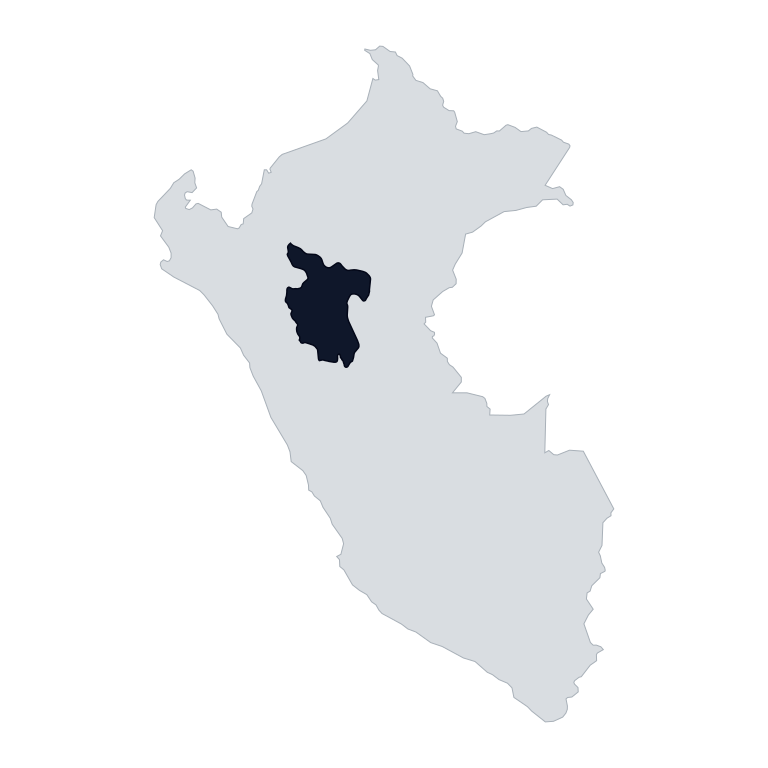 San Martín on a map of Peru (orthographic projection)
{"feature_id": "PER-582", "entity_name": "San Martín", "entity_type": "Department", "adm_level": 1, "iso_a3": "PER", "parent_name": "Peru", "parent_adm1": "", "projection": "orthographic", "projection_center": [-76.762, -7.06], "detail": "fine", "context": "in_parent", "style": "filled", "palette": "ink", "viewbox_px": 768, "rotation_deg": 0, "n_neighbors": 0, "source": "natural_earth", "source_scale": "10m", "svg_char_len": 7187}
<svg xmlns="http://www.w3.org/2000/svg" viewBox="0 0 768 768"><path d="M573.2,202.5L572.9,204.9L570.0,206.1L567.2,204.3L563.1,204.8L557.1,199.1L542.6,199.8L536.2,206.2L526.6,207.5L516.0,210.4L504.1,211.6L485.4,221.8L481.1,226.0L472.6,232.1L465.6,234.1L462.1,253.0L455.3,264.0L452.6,270.1L456.2,279.2L456.1,283.7L452.3,287.3L449.2,287.7L442.7,291.5L433.2,299.9L431.4,306.3L434.5,314.8L433.4,315.8L425.5,317.3L425.7,322.1L424.1,323.9L430.6,330.7L434.4,332.3L434.6,334.1L433.9,335.8L432.4,336.5L432.3,338.0L437.0,343.1L440.5,353.2L447.3,358.2L447.4,361.5L449.4,364.7L453.0,367.1L461.3,377.3L461.3,382.0L452.5,392.8L466.9,392.8L482.7,396.7L484.9,398.4L486.8,403.3L486.9,406.5L490.1,409.1L489.7,415.0L510.5,415.3L524.0,414.0L546.1,396.2L549.6,394.7L547.7,398.6L547.4,401.5L548.5,404.6L545.9,409.0L544.8,452.8L548.8,450.5L553.8,454.7L557.5,455.0L569.5,450.2L583.3,451.2L613.8,508.9L610.9,512.8L611.0,515.7L607.0,518.2L602.9,522.7L602.0,545.4L598.6,552.2L600.3,555.8L601.8,563.0L604.6,567.4L605.2,570.2L604.9,571.3L600.4,573.6L599.9,577.7L591.8,585.7L590.1,591.1L587.1,592.9L586.4,599.0L593.2,609.2L588.4,615.0L583.9,623.8L590.4,642.5L593.2,645.2L596.3,645.1L600.9,646.8L603.3,649.6L597.4,653.0L596.4,654.6L596.6,660.7L590.2,665.2L581.3,676.7L579.0,677.3L574.6,680.7L573.8,682.4L574.5,684.1L578.0,687.6L578.2,691.9L571.9,697.0L567.6,697.5L566.0,698.9L567.4,706.0L567.3,709.3L565.9,713.1L562.7,717.1L553.5,721.3L545.3,721.9L531.7,711.1L527.5,706.7L513.9,697.4L512.0,687.9L507.5,683.2L499.0,679.6L492.4,674.6L487.3,672.3L475.0,661.5L463.5,658.0L442.2,646.5L430.7,642.6L415.9,632.0L407.9,629.0L401.5,624.1L382.0,613.5L378.9,610.1L376.0,604.9L371.6,601.8L366.8,594.6L359.5,590.4L352.5,584.9L343.9,569.9L339.8,566.5L339.5,559.7L336.7,556.5L340.9,554.3L343.6,543.7L342.2,538.4L332.2,524.2L330.3,518.3L323.0,507.3L320.3,500.8L314.4,496.0L311.9,491.9L308.7,490.1L308.5,485.1L306.2,475.5L302.9,470.7L291.2,461.6L290.0,451.8L287.4,445.0L270.9,417.4L261.3,390.9L253.2,376.1L249.9,367.6L249.6,363.0L243.6,355.2L240.4,348.0L226.9,334.2L219.1,318.8L218.0,314.3L212.6,305.8L204.0,294.8L199.7,290.5L173.9,277.1L161.7,268.8L160.2,264.6L160.8,262.1L163.5,259.8L167.2,261.5L169.4,260.8L171.1,257.7L171.1,253.1L168.8,247.2L160.5,235.9L162.6,230.7L154.2,217.6L156.1,204.7L157.9,201.4L170.4,188.3L173.8,182.7L179.2,179.2L184.6,173.9L191.2,169.8L193.1,171.2L195.1,178.1L194.8,182.8L196.6,187.9L192.1,192.6L187.2,191.7L185.2,192.9L184.5,195.1L185.3,198.6L186.6,200.1L190.3,200.2L185.3,207.1L185.7,208.4L189.2,209.6L192.5,207.9L196.0,203.9L198.2,203.4L210.8,209.9L216.7,209.1L221.2,212.2L221.7,217.1L228.1,226.5L237.5,228.8L239.1,228.0L241.2,224.5L243.2,223.9L243.7,218.6L251.8,212.9L253.0,209.0L251.8,206.3L252.0,204.2L256.8,191.6L258.3,190.3L259.7,186.3L261.6,183.8L264.3,169.8L266.6,169.8L268.7,173.2L271.2,172.3L269.9,169.1L270.3,168.0L279.3,156.8L282.2,154.4L325.9,138.9L347.7,123.0L366.9,100.9L372.9,78.5L375.2,80.1L378.8,79.6L377.6,70.5L378.4,66.2L378.3,65.0L372.3,59.6L369.9,53.6L364.7,50.3L364.9,49.0L370.4,50.3L375.5,49.8L379.7,46.1L382.9,46.4L390.1,51.5L395.4,52.0L397.1,55.6L402.2,58.2L409.6,66.0L412.9,74.4L412.7,76.0L415.9,80.4L423.0,82.6L430.1,88.8L437.4,90.8L440.7,96.4L442.7,98.2L443.7,101.4L442.6,105.2L443.6,107.2L449.0,110.6L453.7,110.8L454.7,112.3L457.3,121.6L455.5,126.3L456.2,128.9L462.3,131.2L464.1,133.2L468.9,133.7L475.7,131.7L484.2,134.7L490.7,133.7L493.7,133.0L496.8,130.9L499.4,131.0L506.1,125.2L507.9,124.7L515.1,127.4L521.0,131.6L528.4,130.9L531.5,128.4L536.8,127.1L546.5,132.2L548.6,134.5L551.2,135.0L561.6,140.1L563.4,142.2L568.8,144.1L570.0,145.8L569.6,147.5L545.1,185.3L552.6,188.6L559.6,186.7L563.2,189.3L565.9,195.5L571.3,199.7L573.2,202.5Z" fill="#d9dde1" stroke="#a8b0b8" stroke-width="1"/><path d="M290.5,243.2L291.2,244.1L292.9,245.4L293.8,245.9L298.2,247.6L300.5,248.8L301.9,250.1L302.3,250.5L303.1,251.5L305.1,253.1L306.5,253.9L307.6,254.1L315.2,254.5L316.5,254.9L317.3,255.3L318.3,255.9L320.2,257.3L321.2,258.5L321.8,259.7L323.0,263.4L323.8,265.1L325.0,266.3L326.1,267.1L326.8,267.4L327.8,267.7L328.6,267.8L329.3,267.8L330.4,267.5L331.4,267.0L336.8,263.2L337.9,262.9L338.5,262.9L339.3,263.1L339.9,263.4L340.4,263.8L341.2,264.8L342.1,266.0L345.0,269.0L345.7,269.5L346.4,269.9L347.7,270.4L348.6,270.4L349.3,270.4L350.8,270.1L354.2,269.8L356.6,270.0L361.1,271.0L363.1,271.5L365.4,272.4L366.5,273.1L369.0,275.6L369.3,276.0L370.1,277.3L370.3,277.8L370.4,278.3L370.5,278.8L370.5,279.2L369.4,289.9L369.5,291.3L369.4,291.6L368.7,294.6L368.6,295.1L368.3,295.5L366.4,298.4L365.7,299.8L365.4,300.3L365.0,300.6L364.5,300.8L363.9,300.9L363.4,300.9L362.9,300.6L362.5,300.2L359.3,296.2L358.4,295.4L357.3,294.7L356.5,294.4L355.1,294.0L354.2,293.9L353.2,293.9L352.4,294.0L351.7,294.2L351.2,294.4L350.4,295.0L349.3,296.8L347.4,300.7L346.8,302.8L346.7,303.1L346.8,303.3L347.1,304.4L347.4,305.0L347.6,305.7L347.7,307.0L347.2,315.2L347.4,317.3L347.9,319.2L348.7,321.6L357.5,340.6L358.8,344.3L358.9,345.6L358.9,346.5L358.7,347.1L358.5,347.7L358.1,348.2L354.6,352.4L354.4,353.0L354.1,353.6L353.8,355.5L353.5,357.5L352.4,361.1L350.6,362.2L350.3,362.5L349.8,363.2L348.5,365.3L348.2,365.9L347.8,366.5L346.8,367.2L345.8,367.2L345.4,367.0L344.9,366.6L344.6,366.2L344.4,365.8L344.2,364.4L343.6,362.8L343.5,362.4L343.4,362.0L343.2,361.3L343.0,360.9L342.8,360.5L342.3,360.1L342.0,359.8L341.8,359.4L341.7,358.8L341.6,358.6L340.7,357.8L340.5,357.4L340.4,357.1L340.4,356.3L340.4,355.9L340.2,355.5L339.6,354.3L339.3,354.1L338.8,354.1L338.2,354.4L337.9,354.8L337.7,355.2L337.5,356.0L337.6,358.7L337.4,360.4L337.1,361.2L336.8,361.6L336.4,361.9L335.3,362.2L334.0,362.2L328.9,361.4L328.0,361.1L324.9,360.5L323.7,360.1L322.5,359.9L319.4,360.6L318.8,359.9L318.7,359.5L318.5,359.0L317.7,350.6L317.5,349.7L317.4,349.2L315.0,346.3L314.7,346.1L313.1,345.1L312.4,344.8L310.8,344.3L309.5,343.8L305.6,342.6L305.0,342.6L304.3,342.6L303.6,342.9L303.1,343.1L302.3,343.1L301.4,342.9L300.9,342.5L300.7,342.1L300.6,341.7L300.4,341.4L299.7,340.7L299.4,340.4L299.3,340.2L299.3,339.9L299.4,339.6L299.7,339.1L299.8,338.9L299.8,338.6L299.8,337.4L299.7,336.9L299.4,336.3L297.9,334.2L297.3,332.8L297.0,332.0L296.8,331.3L296.6,329.7L296.6,328.5L296.7,327.5L297.6,325.5L297.6,324.9L297.6,324.2L297.2,323.7L296.2,322.6L295.2,321.0L294.9,320.6L293.9,319.8L293.2,319.1L292.3,317.9L291.3,315.5L291.0,314.3L291.0,313.5L291.9,311.5L292.0,310.9L292.0,310.2L291.7,309.7L291.3,309.3L289.4,307.9L289.0,307.6L288.1,304.8L287.6,303.8L287.3,303.3L286.8,302.8L286.2,302.3L285.9,302.0L285.6,301.5L285.4,300.9L285.4,300.1L285.5,299.0L286.5,295.7L286.9,292.1L286.9,290.0L287.1,288.8L287.4,288.2L287.7,287.8L288.7,287.2L289.4,287.3L290.4,287.8L291.5,288.4L292.0,288.7L292.6,288.8L293.2,288.9L295.2,288.7L296.0,288.7L297.0,288.8L297.6,288.8L300.1,288.2L300.8,287.8L301.4,287.2L301.9,286.3L302.1,285.6L302.5,284.5L302.7,283.9L303.2,283.3L303.9,282.5L307.1,279.8L308.0,278.6L308.0,277.4L307.0,274.6L306.8,273.8L306.4,272.9L305.5,271.4L304.7,270.5L304.0,269.9L302.8,269.3L300.9,268.6L296.2,267.3L294.7,266.9L293.7,266.3L293.1,265.8L292.2,264.5L291.2,262.2L287.7,255.8L287.3,254.2L288.0,253.1L288.2,252.6L288.3,251.8L288.3,251.1L287.7,247.6L287.7,247.0L287.8,246.6L288.0,245.9L289.1,244.4L290.5,243.2Z" fill="#0f172a" stroke="#020617" stroke-width="1.5"/></svg>